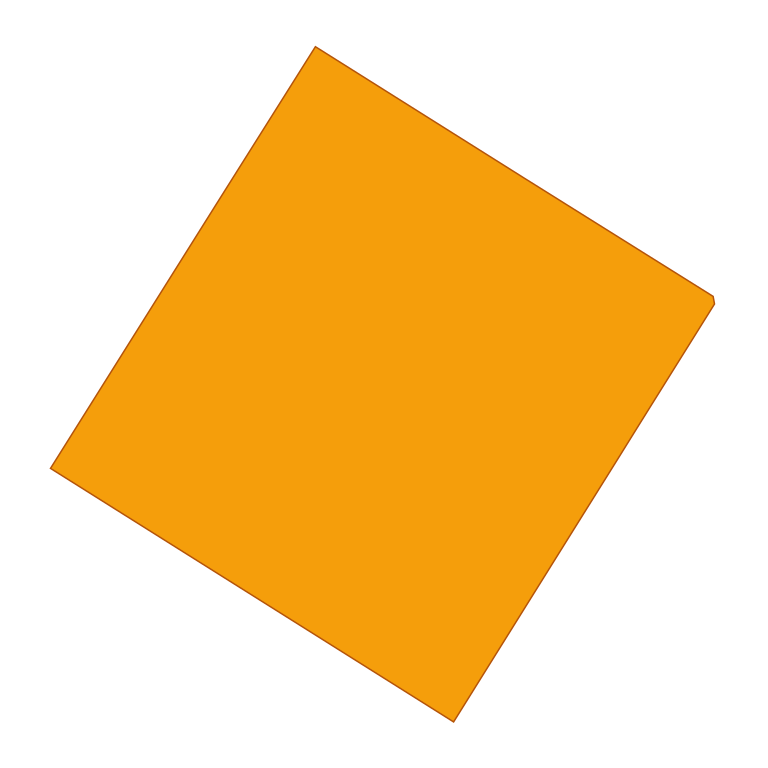 Hall, Nebraska, United States of America (Albers equal-area conic projection), rotated 32°
{"feature_id": "52423323B95239642350933", "entity_name": "Hall", "entity_type": "district", "adm_level": 2, "iso_a3": "USA", "parent_name": "United States of America", "parent_adm1": "Nebraska", "projection": "albers", "projection_center": [-98.41, 40.872], "detail": "fine", "context": "isolated", "style": "filled", "palette": "amber", "viewbox_px": 768, "rotation_deg": 32, "n_neighbors": 0, "source": "geoboundaries", "source_scale": "gbopen_adm2", "svg_char_len": 314}
<svg xmlns="http://www.w3.org/2000/svg" viewBox="0 0 768 768"><g transform="rotate(32 384 384)"><path d="M622.0,389.7L622.0,382.7L622.0,322.2L621.9,280.7L621.9,141.0L616.7,135.3L394.6,135.1L147.1,134.3L146.5,320.2L145.9,632.3L622.1,633.7L622.0,389.7Z" fill="#f59e0b" stroke="#b45309" stroke-width="1.5"/></g></svg>